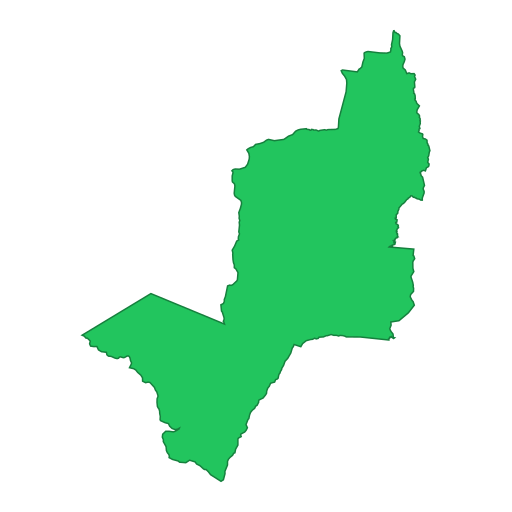 San Carlos, Salta, Argentina (Mercator projection)
{"feature_id": "61730980B20324539983987", "entity_name": "San Carlos", "entity_type": "district", "adm_level": 2, "iso_a3": "ARG", "parent_name": "Argentina", "parent_adm1": "Salta", "projection": "mercator", "projection_center": [-66.067, -25.8], "detail": "fine", "context": "isolated", "style": "filled", "palette": "green", "viewbox_px": 512, "rotation_deg": 0, "n_neighbors": 0, "source": "geoboundaries", "source_scale": "gbopen_adm2", "svg_char_len": 6056}
<svg xmlns="http://www.w3.org/2000/svg" viewBox="0 0 512 512"><path d="M278.1,378.2L278.9,374.4L280.0,373.0L280.3,371.7L281.6,369.6L281.7,368.5L283.6,365.3L285.0,361.3L287.7,358.4L290.8,353.0L292.3,347.9L293.3,346.7L294.1,344.5L300.8,346.7L302.6,343.6L306.2,340.7L310.6,339.5L312.6,339.3L314.6,338.2L316.2,338.9L318.2,338.4L319.0,337.2L323.5,336.9L326.2,335.7L327.4,335.7L331.1,334.5L333.7,335.3L336.4,335.3L338.7,336.0L340.0,335.4L342.8,335.6L345.0,336.2L346.2,336.9L360.4,337.0L388.8,340.0L388.6,339.0L389.1,338.9L389.6,337.4L390.0,337.6L390.1,337.2L391.2,336.6L391.4,337.2L392.8,337.4L392.5,337.8L393.6,338.5L394.5,337.8L393.9,337.7L393.3,336.9L393.0,334.0L391.0,331.5L389.7,328.8L391.1,325.2L390.8,322.0L399.0,320.7L408.4,312.8L414.3,305.2L413.1,301.6L411.9,300.2L410.2,296.8L410.6,294.6L413.5,291.4L413.6,288.2L413.1,286.7L413.3,285.4L412.7,282.2L410.9,276.8L411.3,275.6L413.8,271.6L412.9,268.3L412.8,262.2L413.2,260.9L414.7,258.7L413.8,255.9L413.1,255.5L413.8,249.1L389.1,247.0L389.7,246.4L391.0,246.5L390.9,246.0L391.6,245.7L392.5,246.3L392.3,245.1L394.8,244.4L395.2,242.9L394.3,243.4L393.9,242.6L394.3,241.9L393.9,241.3L394.4,241.5L395.0,241.1L394.8,240.7L394.3,240.8L394.3,240.2L394.8,240.1L394.7,239.3L395.3,239.1L396.0,238.0L397.2,237.7L397.2,237.2L398.0,236.9L397.4,236.4L397.7,234.9L397.0,234.0L397.4,233.6L396.5,232.4L397.0,231.3L396.3,231.0L397.4,228.6L398.5,227.7L398.5,227.1L397.9,226.6L398.3,225.5L397.7,224.6L396.1,223.8L395.7,222.4L396.8,222.1L397.1,219.8L395.6,219.2L395.2,218.2L396.2,217.9L396.2,214.9L397.8,213.1L397.8,211.5L398.9,209.1L398.9,208.0L402.3,204.0L403.4,203.5L404.9,202.0L406.6,199.7L408.1,198.7L408.3,198.0L409.7,197.4L410.8,195.8L412.0,195.9L413.4,197.3L414.4,197.2L415.4,198.0L416.3,198.1L417.0,198.8L419.1,199.1L420.8,200.1L422.3,200.1L422.3,198.0L424.1,193.0L424.1,191.3L423.1,188.9L423.6,187.1L424.5,185.5L422.6,177.2L421.1,175.6L420.8,174.0L420.1,172.8L420.2,172.2L421.5,171.6L421.8,170.9L423.7,170.3L425.4,170.9L426.4,167.8L428.3,166.7L428.8,166.0L429.1,164.0L427.7,162.4L428.4,159.2L427.7,157.6L428.7,155.8L429.3,152.1L429.9,150.7L428.9,146.5L428.6,145.7L428.0,145.3L428.0,144.3L427.1,142.8L427.0,140.2L425.4,139.0L423.2,138.5L422.5,136.6L422.8,134.5L422.5,133.9L420.1,133.1L418.5,132.0L419.1,130.4L419.0,129.7L419.2,128.9L419.9,128.6L419.3,126.3L420.3,123.5L420.1,121.7L420.4,121.0L419.9,120.4L420.2,119.3L420.0,118.3L419.3,117.3L419.6,116.0L418.8,114.5L417.2,113.2L416.7,112.3L417.2,109.7L419.4,105.9L416.8,103.4L416.0,101.1L415.1,100.3L414.8,99.1L415.3,98.9L415.1,95.6L414.6,93.9L413.7,93.3L413.9,92.6L413.3,89.0L413.6,88.2L414.7,87.6L414.8,86.5L414.4,81.9L415.7,79.2L414.6,76.7L414.6,75.8L415.1,75.1L414.1,73.6L410.9,73.7L409.1,72.9L406.8,73.6L405.3,70.0L403.2,68.1L402.8,67.2L402.9,64.8L404.3,61.6L405.0,59.1L404.3,56.7L402.8,55.9L402.3,55.0L402.6,52.7L402.2,51.2L399.9,46.1L399.5,43.5L399.9,35.8L398.3,34.0L396.5,33.2L396.0,32.5L394.9,32.4L394.1,30.7L393.6,30.8L393.0,32.7L392.6,39.7L391.5,44.8L391.8,46.7L390.8,48.7L390.9,50.0L390.4,52.0L386.9,53.1L379.7,52.9L368.0,51.5L366.3,51.9L364.4,52.7L364.1,53.3L364.3,58.5L363.0,61.8L361.8,67.0L360.0,68.7L359.2,69.0L357.3,71.9L342.5,70.0L341.2,70.7L342.4,73.4L344.6,76.1L346.5,79.5L346.8,83.2L346.1,91.8L338.9,118.9L338.4,127.3L338.0,128.5L335.7,129.4L327.9,129.6L326.3,130.2L324.7,129.7L319.9,130.4L318.6,131.1L316.1,130.0L313.7,130.1L313.1,129.6L311.4,129.4L310.9,130.2L310.0,130.3L309.3,129.6L306.8,129.3L306.4,128.7L300.5,129.3L298.2,129.9L295.6,131.2L292.6,134.6L288.6,136.1L283.9,139.4L274.4,140.7L268.5,139.4L266.6,140.1L263.6,142.3L259.8,143.6L255.6,144.4L253.4,146.7L250.5,147.5L248.1,148.8L246.8,149.9L248.9,153.4L249.4,156.6L249.2,159.1L247.6,164.2L245.3,167.3L239.4,169.2L235.3,169.0L234.0,169.3L233.0,169.7L231.9,170.8L232.9,171.9L233.0,172.8L232.2,175.9L232.2,180.9L232.5,182.0L234.4,183.7L234.9,185.9L234.2,193.2L234.5,195.0L235.3,196.4L240.8,200.3L241.5,202.3L241.5,204.1L240.3,208.6L238.8,212.6L239.3,216.1L239.1,218.3L239.8,220.5L239.2,222.2L239.5,225.1L238.8,231.9L239.5,233.9L238.4,236.8L238.3,238.7L238.7,239.9L236.7,241.1L234.6,246.1L232.2,250.2L232.9,253.1L232.7,254.2L233.0,259.7L233.5,262.8L234.3,264.8L234.3,267.7L235.8,268.8L238.0,272.6L237.4,279.7L236.9,280.8L232.9,284.6L231.2,285.4L229.7,285.1L227.6,285.9L225.4,296.7L224.3,299.4L224.3,301.5L223.4,303.5L220.9,304.8L221.5,311.0L222.3,312.1L224.1,317.9L224.1,319.4L223.3,321.3L223.8,321.9L224.5,324.1L150.9,293.6L82.1,335.2L84.2,336.1L86.0,338.1L87.4,338.2L89.9,340.6L90.2,341.4L89.6,343.8L90.6,346.1L93.8,346.6L96.9,346.5L98.5,349.9L101.5,351.7L106.4,352.3L106.9,354.8L108.4,356.1L111.2,356.4L115.0,358.1L117.1,358.6L118.6,358.2L119.1,357.3L120.3,356.8L123.3,357.7L124.5,357.5L127.0,356.1L128.4,355.9L129.3,356.6L130.1,358.3L130.5,360.5L131.5,362.7L131.4,363.9L129.5,367.7L133.7,368.7L135.8,370.0L137.7,372.4L140.8,375.1L142.5,377.8L142.6,381.2L145.6,382.7L148.1,382.1L150.0,382.5L154.5,387.5L155.4,390.0L156.8,391.9L158.1,396.1L157.1,398.8L157.0,402.3L157.4,406.4L158.2,408.0L158.8,408.6L159.6,411.0L159.7,413.4L160.3,416.3L160.1,419.6L160.5,420.6L165.1,422.7L168.5,423.6L169.6,426.1L172.0,428.4L173.5,429.0L175.3,429.6L177.5,429.2L179.4,428.1L179.1,428.9L175.1,431.3L173.3,431.9L169.3,431.3L165.7,431.3L162.7,434.2L162.3,437.1L163.4,439.7L163.3,441.6L166.1,446.7L166.4,450.5L167.3,452.6L168.9,454.6L169.3,456.1L169.1,457.6L172.4,459.4L178.1,461.0L179.6,462.2L185.8,462.7L189.6,460.2L195.1,461.9L196.6,464.0L200.0,465.7L203.6,469.0L204.9,469.6L206.1,469.5L208.4,471.8L210.6,474.7L221.0,481.3L223.4,479.8L225.0,473.7L224.9,471.4L227.5,465.0L227.5,461.4L228.4,459.3L229.9,457.5L232.6,455.3L233.6,453.3L234.9,452.8L235.6,449.2L237.9,445.1L237.9,438.9L238.5,438.0L241.2,436.6L240.6,434.7L241.0,434.0L244.7,432.0L246.1,430.3L247.4,427.7L246.0,424.6L248.0,419.4L248.8,418.7L249.6,414.9L250.5,412.5L252.4,410.1L254.6,408.4L255.6,406.2L257.1,405.3L258.7,402.1L258.6,401.0L259.0,400.0L263.1,398.0L265.5,395.0L266.5,393.4L266.7,391.0L267.7,388.2L269.3,386.2L270.3,383.8L270.9,383.1L274.6,382.1L275.6,379.6L277.3,379.0L278.1,378.2Z" fill="#22c55e" stroke="#15803d" stroke-width="1.5"/></svg>